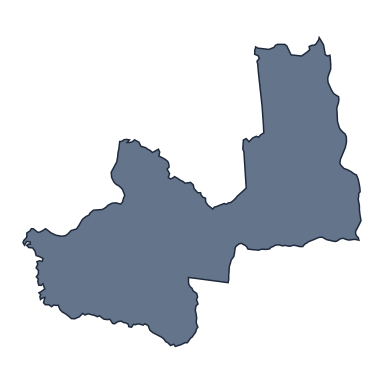 São Bento do Tocantins, Tocantins, Brazil
{"feature_id": "56859067B59328995641391", "entity_name": "São Bento do Tocantins", "entity_type": "district", "adm_level": 2, "iso_a3": "BRA", "parent_name": "Brazil", "parent_adm1": "Tocantins", "projection": "natural_earth1", "projection_center": [-47.96, -5.95], "detail": "fine", "context": "isolated", "style": "filled", "palette": "slate", "viewbox_px": 384, "rotation_deg": 0, "n_neighbors": 0, "source": "geoboundaries", "source_scale": "gbopen_adm2", "svg_char_len": 4437}
<svg xmlns="http://www.w3.org/2000/svg" viewBox="0 0 384 384"><path d="M175.3,346.4L177.4,345.8L181.1,344.6L185.0,342.7L187.3,342.7L189.2,340.1L190.6,338.1L192.2,337.0L194.2,334.1L195.9,331.7L196.2,329.5L197.9,327.1L196.3,323.3L196.3,320.9L196.7,318.2L196.2,314.3L195.3,310.4L195.9,306.1L198.0,304.0L197.3,301.6L196.4,299.7L197.6,297.0L196.7,293.4L192.9,290.7L192.0,288.3L190.2,286.8L188.7,284.1L188.5,281.3L188.5,277.5L195.9,278.4L220.1,281.6L228.1,282.7L228.7,279.7L228.7,274.8L229.0,272.6L229.2,268.0L229.5,265.8L230.5,262.9L231.1,260.2L233.8,256.5L234.5,253.0L235.0,248.9L235.7,246.6L239.1,243.8L241.8,243.4L243.4,244.6L245.1,245.3L246.7,246.7L247.9,249.1L250.7,249.4L253.2,249.7L255.8,249.9L258.7,250.2L261.3,249.2L264.2,249.3L266.6,249.4L269.6,248.9L271.0,247.2L273.0,246.6L275.3,245.2L278.6,244.8L280.4,245.2L282.5,245.9L285.0,245.4L289.7,246.3L293.7,245.2L296.0,245.6L299.7,246.6L302.7,246.6L304.8,244.0L306.6,243.2L308.3,241.8L311.5,240.5L314.1,239.5L317.8,237.8L319.6,237.3L322.3,237.2L326.5,239.6L329.7,240.3L332.0,240.9L335.2,241.5L337.3,240.9L340.2,238.8L343.3,238.3L346.2,239.5L349.3,240.1L351.8,239.7L353.7,239.4L355.9,239.5L358.9,240.2L358.3,237.7L356.6,236.1L355.7,234.1L355.5,231.6L359.4,224.1L361.0,220.7L359.9,214.2L359.4,209.4L359.4,205.6L358.7,202.0L358.2,199.3L358.7,196.0L358.7,193.4L360.1,191.8L360.0,189.3L359.6,186.2L358.9,182.7L358.2,179.3L356.4,174.9L354.3,174.0L351.0,171.6L347.6,169.8L343.8,168.4L340.7,165.0L339.9,163.1L340.4,159.4L345.3,147.6L346.5,141.8L346.3,136.7L345.1,134.0L342.7,132.0L340.6,129.8L339.3,127.7L337.5,121.5L337.1,113.3L336.8,109.0L337.1,106.8L338.4,102.9L338.9,99.4L338.6,96.8L334.2,94.0L332.7,92.2L331.2,89.5L328.1,82.6L327.7,78.7L328.2,76.2L330.7,69.1L330.7,64.4L330.3,58.2L329.9,55.2L327.6,56.0L325.3,54.7L323.5,44.8L321.1,40.7L319.2,37.6L318.7,39.8L316.2,43.7L314.5,45.1L311.9,45.3L309.1,46.5L309.7,49.7L306.4,52.6L301.5,56.0L291.1,54.9L286.7,45.8L284.7,44.4L277.7,44.3L275.5,45.3L274.0,47.4L268.9,49.4L257.7,48.1L255.7,46.9L254.8,50.3L254.7,54.3L258.0,55.6L259.3,58.4L257.0,61.2L257.7,64.2L258.4,72.5L262.1,106.4L263.3,123.2L263.8,132.8L260.3,135.1L258.7,137.2L256.3,136.3L252.8,137.9L249.0,141.7L246.2,138.6L243.4,140.0L242.8,149.0L243.9,151.8L246.2,188.1L237.0,196.5L235.8,198.1L233.2,200.7L230.6,202.6L228.6,202.8L226.2,204.3L224.2,203.5L216.3,206.6L214.3,207.1L212.8,209.1L208.1,205.4L205.7,202.1L205.5,198.1L202.8,197.2L201.1,194.9L200.6,192.7L197.8,192.8L194.1,188.7L193.2,184.8L190.6,182.4L187.5,182.9L185.0,183.1L182.7,181.3L180.2,180.2L178.3,178.8L174.6,176.6L172.7,178.0L170.6,178.9L168.3,177.5L169.6,173.8L167.1,169.0L169.1,167.1L168.6,163.3L167.7,161.4L165.3,159.4L158.9,156.0L159.7,152.0L158.4,149.2L155.4,150.9L152.4,152.5L150.3,150.6L147.4,149.0L145.6,147.6L141.0,146.4L138.9,142.2L134.5,139.8L132.3,141.8L129.6,142.5L127.1,142.5L129.5,139.9L126.7,139.4L124.1,139.7L121.9,141.3L119.7,141.5L118.9,148.7L118.1,152.3L117.7,156.4L116.8,161.8L111.2,172.3L111.6,177.1L112.4,179.1L114.2,182.4L116.6,184.7L118.6,185.6L122.3,189.1L124.8,195.3L123.4,198.5L122.5,202.1L120.7,204.1L116.3,202.9L113.3,203.0L111.3,203.5L107.8,205.4L105.8,207.4L102.9,209.3L101.0,209.6L93.4,210.2L90.0,213.1L88.9,215.1L86.1,216.5L83.8,218.2L82.2,219.7L79.0,225.3L76.5,229.0L74.3,229.6L71.0,230.6L68.2,233.7L65.2,235.8L61.5,236.2L55.9,235.2L51.1,232.9L45.6,228.7L42.2,230.9L39.7,232.1L37.8,232.3L35.5,230.6L33.4,228.8L31.4,228.7L30.0,230.9L26.9,232.9L26.7,237.4L23.8,240.4L23.0,242.7L24.5,245.2L26.7,241.5L30.1,241.9L30.4,244.2L28.3,244.0L26.6,245.4L28.9,247.6L32.6,247.9L35.0,251.1L36.2,255.6L39.2,256.5L43.1,258.5L42.1,261.4L39.4,260.8L36.9,261.7L37.8,264.4L36.1,267.8L38.4,270.4L38.4,273.9L36.3,276.9L38.3,278.8L37.8,281.4L38.7,285.1L41.2,285.4L42.9,283.8L44.8,288.9L41.5,291.4L38.9,292.8L40.7,294.5L39.9,296.7L40.5,299.5L42.6,297.9L44.9,297.5L43.5,302.7L45.3,304.7L48.8,304.7L51.6,306.7L53.9,305.0L55.8,305.4L58.3,305.3L59.9,309.4L62.0,311.8L65.3,313.7L69.2,316.6L71.3,318.6L74.7,318.8L76.5,318.0L79.2,316.9L82.7,313.4L84.9,315.0L88.2,313.8L91.9,314.8L94.6,315.4L97.3,316.7L99.6,315.8L101.2,317.2L104.0,319.2L107.6,319.6L109.9,319.3L112.6,323.4L114.6,323.8L117.9,321.6L121.1,321.1L123.5,322.5L126.2,323.0L128.2,324.2L128.8,326.7L131.5,327.2L133.6,324.3L135.4,324.7L138.1,323.8L140.5,324.4L143.2,325.1L144.9,323.8L148.1,325.5L149.9,330.2L152.6,332.5L162.0,337.4L163.9,339.1L165.8,341.7L167.9,342.8L170.5,345.5L173.7,344.2L175.3,346.4Z" fill="#64748b" stroke="#1e293b" stroke-width="1.5"/></svg>